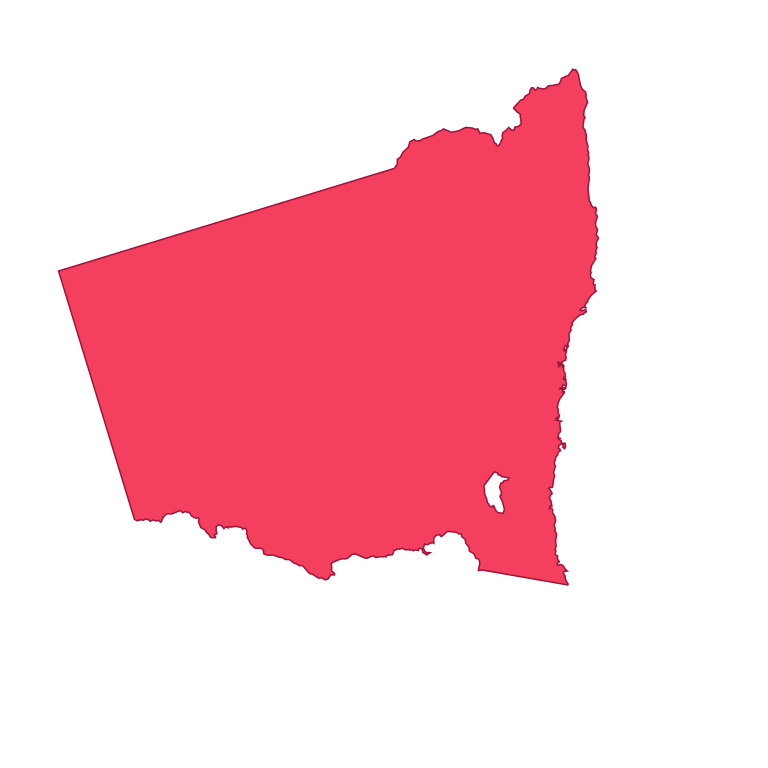 New South Wales, Mercator projection, rotated 343°
{"feature_id": "AUS-2654", "entity_name": "New South Wales", "entity_type": "State", "adm_level": 1, "iso_a3": "AUS", "parent_name": "Australia", "parent_adm1": "", "projection": "mercator", "projection_center": [149.115, -32.83], "detail": "fine", "context": "isolated", "style": "filled", "palette": "rose", "viewbox_px": 768, "rotation_deg": 343, "n_neighbors": 0, "source": "natural_earth", "source_scale": "10m", "svg_char_len": 6160}
<svg xmlns="http://www.w3.org/2000/svg" viewBox="0 0 768 768"><g transform="rotate(343 384 384)"><path d="M656.7,138.1L657.8,139.6L659.2,139.4L660.4,144.1L659.2,155.9L659.8,160.2L662.2,163.8L661.7,167.2L660.9,168.8L661.1,174.1L655.4,180.8L653.6,185.1L654.0,188.4L652.8,189.1L649.9,195.0L649.4,197.1L650.7,200.8L650.1,202.2L650.4,204.5L648.7,209.9L648.6,216.1L647.1,219.8L647.4,222.6L646.5,224.2L645.9,228.5L643.3,232.7L643.4,238.0L642.8,240.3L640.5,244.6L640.9,246.0L640.2,247.9L636.3,256.6L633.9,268.9L634.4,269.8L634.6,274.1L635.9,276.5L636.8,277.0L637.9,276.7L638.3,278.8L636.5,282.2L636.2,284.1L637.0,285.2L637.0,286.5L633.6,291.1L632.6,294.9L633.4,299.0L630.8,302.9L630.7,304.2L631.8,306.4L631.5,307.4L627.6,311.9L627.8,313.5L627.2,314.8L627.7,315.8L625.1,318.9L625.6,320.4L623.1,323.5L622.8,325.2L623.3,326.0L617.2,331.4L614.4,336.5L614.8,337.9L613.6,339.3L612.8,342.6L615.4,345.6L613.5,348.9L613.6,350.5L614.8,350.9L613.3,355.6L614.1,357.2L608.1,359.7L603.3,363.4L603.0,364.9L600.8,365.8L598.8,368.2L598.6,369.1L600.0,370.6L596.4,368.8L593.0,370.6L594.4,371.7L598.7,372.0L598.5,374.2L597.0,374.2L595.2,375.6L593.0,375.2L589.7,375.9L584.9,378.2L581.5,380.9L581.7,382.2L578.8,385.0L578.7,387.2L575.8,389.7L573.9,396.5L571.4,399.3L571.4,401.8L569.0,403.7L570.1,401.0L569.0,400.2L566.3,402.4L567.0,403.7L565.8,404.0L566.2,405.1L567.2,405.5L568.1,404.3L568.5,405.4L565.9,409.4L566.0,412.1L565.2,412.5L565.0,414.2L562.3,414.5L558.8,416.1L558.0,416.0L557.1,413.9L556.5,414.6L556.6,416.7L557.4,417.1L556.2,418.5L557.3,418.4L558.7,416.6L559.5,416.5L560.0,416.9L559.3,420.6L560.6,417.6L561.3,419.0L559.9,423.0L559.7,424.7L560.3,425.8L559.7,430.0L558.0,430.2L557.2,431.6L557.5,432.6L558.2,432.7L559.0,431.6L559.3,432.4L558.4,435.9L558.7,436.7L557.3,439.5L555.2,437.1L554.3,437.3L553.5,439.3L551.0,439.3L550.5,440.0L552.6,441.0L553.4,440.2L556.5,440.5L556.5,441.4L553.5,442.2L552.3,443.7L554.1,444.0L553.8,445.1L547.5,449.9L544.9,453.2L543.0,456.9L543.2,458.6L542.0,463.3L542.7,465.2L540.7,468.3L539.9,468.1L540.2,466.6L539.3,466.5L537.5,468.5L542.7,471.4L541.2,471.6L540.6,472.7L539.0,481.0L536.6,482.3L535.4,485.1L534.3,486.0L536.6,487.4L535.1,488.3L536.9,489.8L536.5,492.0L537.3,492.9L539.8,493.5L539.5,496.9L537.8,498.7L536.5,496.9L537.2,495.4L536.9,493.5L536.1,493.1L532.9,494.1L532.1,496.8L533.0,497.0L533.3,499.2L530.3,500.5L529.3,502.8L526.7,504.2L526.0,506.1L524.3,508.3L523.6,510.2L523.9,512.8L520.3,517.9L520.2,522.3L518.7,524.0L515.1,531.8L514.3,532.2L512.5,531.2L510.7,532.0L511.9,533.3L512.8,537.8L510.7,539.1L508.9,541.3L509.5,544.5L508.8,550.2L507.0,549.5L505.9,551.4L506.8,551.0L508.6,553.1L507.6,556.3L508.6,560.6L508.7,561.7L508.1,562.2L508.5,564.3L505.4,569.0L505.5,572.1L504.6,574.2L505.2,577.8L502.1,584.4L501.4,589.0L499.2,592.3L499.6,593.5L498.3,596.4L498.0,597.7L499.8,599.1L498.7,601.8L499.7,605.1L499.3,605.5L498.8,605.0L496.8,606.9L497.7,608.2L499.9,608.2L502.2,609.9L503.1,613.8L504.6,616.5L501.6,615.9L500.1,617.3L501.0,620.3L500.4,624.6L501.6,629.1L501.0,629.9L423.7,590.7L419.6,590.0L423.2,583.6L423.6,580.5L422.9,578.8L420.8,577.6L420.7,574.4L419.9,571.9L417.1,569.2L416.8,568.0L417.6,565.5L415.6,559.8L416.2,556.2L413.8,553.0L414.0,550.1L411.5,549.1L410.2,547.1L401.6,543.5L394.6,546.6L393.8,546.3L393.0,544.5L391.4,543.9L388.1,544.6L386.9,545.7L386.0,547.3L385.1,551.0L383.6,549.7L378.2,550.3L376.0,549.0L373.6,552.5L374.2,556.0L375.4,557.6L378.8,558.8L374.8,560.0L371.9,556.3L372.1,552.7L370.3,551.7L369.0,552.0L368.2,553.3L364.8,551.6L363.4,552.1L361.9,550.6L360.0,550.5L359.4,549.4L356.4,549.1L353.5,546.5L350.1,546.5L348.3,545.4L346.9,546.2L345.1,545.9L342.3,549.7L336.8,548.8L335.9,549.0L335.6,549.9L328.8,547.8L325.3,547.6L323.4,545.0L316.7,545.7L314.8,544.9L307.2,538.3L303.8,537.5L298.6,539.9L296.7,540.1L291.6,538.7L282.4,539.6L280.7,541.1L280.4,544.3L279.1,547.1L281.0,550.1L281.4,551.2L280.9,552.1L277.2,551.0L273.7,554.0L270.6,554.2L268.0,551.4L264.5,550.4L259.7,544.6L257.9,544.0L256.6,542.1L253.5,534.7L252.2,533.5L250.1,533.1L247.3,530.0L245.9,529.4L242.4,524.4L237.9,522.7L237.1,521.0L233.5,519.2L228.1,515.3L222.6,513.7L219.7,511.7L219.3,510.4L220.0,509.2L219.5,506.2L218.0,504.9L214.2,504.0L212.3,502.8L209.9,498.5L208.5,490.7L209.1,488.7L208.8,486.9L209.7,485.6L209.8,482.3L208.4,481.1L206.4,481.6L205.7,479.5L200.2,476.6L196.1,476.2L193.7,474.9L193.1,476.1L191.0,474.4L188.6,475.5L187.5,472.4L184.7,470.3L181.8,471.4L180.4,476.0L180.5,478.3L177.6,478.6L178.2,481.3L177.4,481.7L174.0,480.4L172.9,479.3L172.9,477.7L170.5,473.1L170.5,471.4L166.8,467.7L166.3,461.9L167.8,458.2L167.3,457.3L165.1,457.5L163.3,456.1L161.3,453.8L160.2,449.5L158.7,449.5L156.5,447.7L154.0,448.4L152.1,445.4L142.9,446.2L138.8,444.8L136.9,445.1L133.6,447.2L130.8,450.6L129.9,450.9L128.3,448.4L126.0,448.3L123.1,446.4L120.4,447.0L119.4,445.3L116.5,443.3L114.2,444.0L111.7,442.7L107.8,442.6L105.8,440.3L105.8,180.8L456.9,180.8L461.0,177.6L462.3,173.2L466.1,171.7L469.9,167.8L476.5,164.7L479.5,159.9L484.4,159.0L485.6,161.1L488.6,161.4L489.2,162.1L491.7,161.0L503.1,160.7L509.2,158.4L513.6,158.3L515.4,157.4L522.1,163.0L529.6,163.7L537.2,162.5L543.4,165.1L545.4,166.9L548.3,167.5L549.0,172.1L553.4,173.1L559.0,176.8L559.9,180.8L560.2,185.8L561.4,187.0L561.8,189.1L562.9,189.4L564.9,188.6L567.6,185.1L569.2,183.9L569.5,181.2L571.2,178.3L575.1,177.0L578.3,175.1L580.1,178.3L582.6,179.5L584.1,176.6L587.2,177.0L591.0,175.7L592.2,171.2L592.5,167.5L593.3,165.9L590.5,162.4L589.7,160.0L588.5,158.7L588.8,157.7L597.6,152.5L600.6,152.4L603.2,150.0L607.4,149.0L608.5,148.1L609.4,145.9L611.8,143.8L613.6,144.6L614.1,146.6L615.2,147.3L616.5,146.9L617.5,145.3L619.2,146.8L623.4,148.6L625.5,148.4L628.5,146.8L632.0,147.7L639.1,148.4L641.7,145.8L642.9,143.7L648.7,142.8L650.0,143.2L656.7,138.1ZM473.6,512.1L475.0,511.5L476.0,510.2L469.2,506.9L468.9,505.3L466.8,504.4L466.4,502.1L463.8,500.2L449.8,510.5L448.1,519.3L448.6,524.1L448.2,527.9L449.0,529.1L449.2,531.2L450.8,532.9L451.5,533.3L452.5,532.1L453.3,532.3L454.1,538.1L455.3,540.3L460.1,542.5L462.5,539.3L462.8,531.3L462.0,525.6L462.5,524.6L463.8,524.1L464.8,520.7L464.3,518.4L464.5,516.1L467.0,512.8L468.5,513.3L470.4,511.5L473.6,512.1Z" fill="#f43f5e" stroke="#9f1239" stroke-width="1.5"/></g></svg>